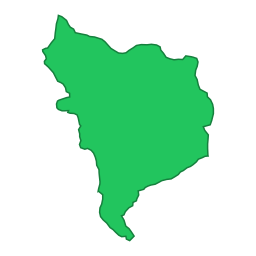 Alethriko, Larnaca, Cyprus (Natural Earth projection)
{"feature_id": "46923920B84228203129676", "entity_name": "Alethriko", "entity_type": "district", "adm_level": 2, "iso_a3": "CYP", "parent_name": "Cyprus", "parent_adm1": "Larnaca", "projection": "natural_earth1", "projection_center": [33.491, 34.86], "detail": "fine", "context": "isolated", "style": "filled", "palette": "green", "viewbox_px": 256, "rotation_deg": 0, "n_neighbors": 0, "source": "geoboundaries", "source_scale": "gbopen_adm2", "svg_char_len": 2109}
<svg xmlns="http://www.w3.org/2000/svg" viewBox="0 0 256 256"><path d="M42.6,49.8L42.8,51.5L45.6,55.7L46.3,58.8L44.4,61.3L44.6,63.7L48.3,67.0L53.4,72.7L55.3,76.5L57.7,81.2L61.1,82.7L63.2,84.1L65.5,87.7L66.3,91.6L69.6,93.3L69.7,97.0L66.6,97.6L58.9,100.2L57.5,101.1L56.5,104.0L56.9,107.8L58.4,109.4L62.0,110.8L64.2,110.8L68.5,110.6L67.8,112.4L70.0,113.2L74.2,113.5L77.1,114.9L78.2,117.8L79.6,124.5L80.8,125.9L78.6,129.6L79.7,133.8L79.7,136.7L80.9,140.6L79.5,144.5L80.7,147.7L84.8,149.2L87.6,148.4L91.2,150.3L93.6,153.1L95.3,157.1L96.4,161.1L96.7,165.2L99.0,169.6L99.1,172.8L99.4,176.0L100.0,181.7L99.9,184.0L98.6,188.8L98.1,191.5L98.6,191.3L102.7,194.7L102.7,199.1L101.7,204.1L100.0,207.8L99.6,212.3L100.1,214.5L100.6,216.7L103.1,219.8L106.7,223.0L110.1,227.6L113.1,229.6L115.7,232.3L118.8,235.2L121.7,236.7L125.9,236.3L126.4,239.1L129.7,240.6L132.4,237.9L134.1,236.1L131.0,231.4L129.0,228.6L125.8,226.1L124.0,220.2L121.5,215.8L123.9,214.9L125.3,211.7L128.8,207.8L132.7,205.7L133.0,202.4L136.4,200.8L136.8,198.9L138.7,195.0L138.2,190.9L143.8,189.3L145.2,187.5L147.9,186.1L150.6,185.1L155.2,184.2L159.4,182.0L161.7,180.7L166.7,179.4L171.1,178.9L174.7,176.8L178.3,174.5L180.3,172.0L183.4,170.5L187.1,167.7L190.5,166.4L193.1,164.6L196.4,161.8L198.3,159.2L202.4,157.6L205.0,156.3L207.9,156.0L208.1,156.0L207.9,155.2L207.6,148.5L207.6,144.0L208.0,139.4L208.3,134.9L204.7,130.3L203.3,126.7L210.2,124.8L211.7,120.5L213.4,113.6L213.4,108.6L212.6,104.3L210.5,99.8L207.4,96.8L207.1,93.1L200.0,89.3L198.3,85.1L197.1,79.5L195.0,75.5L195.7,70.1L197.2,66.3L198.0,62.0L196.7,58.4L193.1,57.2L191.0,56.7L185.8,55.9L182.7,59.5L178.2,59.3L174.1,59.8L169.9,58.8L166.1,57.3L163.5,53.3L160.8,50.1L160.1,46.9L156.6,45.0L151.4,44.3L147.0,44.8L141.3,44.6L136.4,45.5L133.2,47.8L129.0,50.4L126.0,52.8L122.6,53.4L118.5,53.0L114.6,50.7L110.9,48.4L108.2,45.4L105.1,41.9L101.9,39.3L94.6,37.0L89.6,36.5L86.9,35.1L81.3,34.0L75.3,32.7L73.6,29.1L70.3,27.2L68.4,24.5L66.5,20.4L61.8,16.7L58.4,15.4L58.0,18.5L56.4,23.9L55.9,28.5L55.3,32.6L54.7,38.7L51.3,42.8L47.6,48.1L45.7,48.3L42.6,49.8Z" fill="#22c55e" stroke="#15803d" stroke-width="1.5"/></svg>